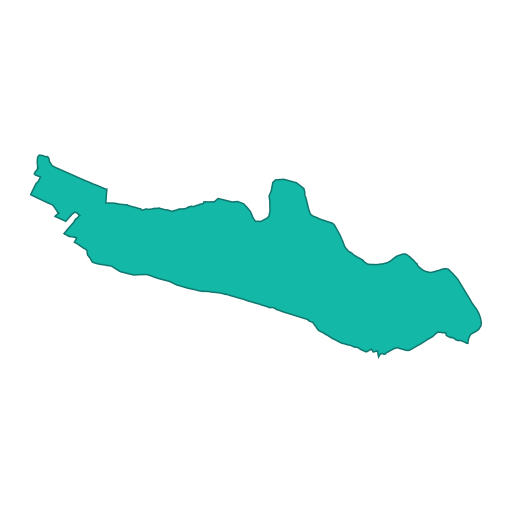 outline of Bralostita, Dolj, Romania
{"feature_id": "2599482B80334443229392", "entity_name": "Bralostita", "entity_type": "district", "adm_level": 2, "iso_a3": "ROU", "parent_name": "Romania", "parent_adm1": "Dolj", "projection": "mercator", "projection_center": [23.509, 44.502], "detail": "fine", "context": "isolated", "style": "filled", "palette": "teal", "viewbox_px": 512, "rotation_deg": 0, "n_neighbors": 0, "source": "geoboundaries", "source_scale": "gbopen_adm2", "svg_char_len": 5986}
<svg xmlns="http://www.w3.org/2000/svg" viewBox="0 0 512 512"><path d="M467.9,343.3L468.1,340.9L468.6,338.9L469.0,337.7L469.4,336.7L469.8,335.9L470.4,334.9L470.7,334.5L471.4,333.9L476.2,331.3L478.7,329.4L480.9,325.9L481.3,322.9L480.5,318.1L478.8,313.4L477.7,311.4L477.0,309.9L471.8,302.7L469.2,298.1L457.6,279.0L456.7,278.2L455.5,276.5L454.1,275.3L452.9,273.7L449.7,270.6L448.9,269.7L448.4,269.3L447.1,268.9L445.7,268.7L444.5,268.7L441.8,269.3L438.9,270.4L436.1,271.1L434.8,271.6L431.2,272.4L429.3,272.4L428.0,271.9L427.6,271.9L426.7,271.7L426.3,271.5L424.7,271.0L423.6,270.6L423.1,270.2L421.8,269.3L420.6,268.3L419.4,267.4L417.6,265.5L417.2,264.7L417.1,264.1L417.1,263.9L415.3,262.5L413.8,260.5L412.2,259.2L409.7,256.8L406.3,254.4L405.0,254.0L403.2,254.0L401.3,254.6L397.4,255.9L396.1,256.6L393.5,258.5L390.8,260.8L388.2,262.3L386.9,262.8L382.7,263.9L381.4,264.1L380.0,264.1L378.4,264.5L375.9,264.6L369.6,264.4L367.7,264.1L367.2,263.9L366.1,263.2L364.4,261.9L362.4,259.8L356.6,256.7L355.8,256.1L354.1,255.3L352.5,253.8L352.1,253.4L350.6,252.3L348.4,251.3L347.0,249.5L346.9,249.4L345.3,247.5L344.5,246.1L342.6,241.0L341.5,238.6L340.7,236.6L340.1,235.3L334.3,224.8L332.8,223.5L331.9,223.0L321.4,219.6L319.1,218.7L317.4,217.8L313.2,216.2L310.8,214.5L309.9,212.9L308.8,209.7L307.2,203.2L306.6,200.6L306.0,198.4L305.6,196.9L304.7,195.3L304.8,194.0L304.7,191.8L303.9,188.6L296.5,182.8L283.9,179.3L275.5,179.9L272.8,182.5L271.3,190.7L269.1,196.1L269.8,201.3L270.0,210.9L268.9,216.2L267.4,217.9L261.0,221.4L255.4,221.3L253.1,217.9L250.5,211.7L247.3,207.7L243.6,203.8L237.5,201.5L232.4,202.0L218.1,198.5L214.1,202.0L213.5,201.7L212.9,201.9L211.7,201.8L208.9,202.0L204.9,201.8L204.1,201.9L203.6,202.1L203.5,203.4L202.7,203.8L201.9,204.0L200.2,204.1L200.0,204.3L199.0,204.7L198.8,204.9L196.4,205.5L196.2,205.7L195.5,205.8L194.8,206.3L194.2,206.5L192.6,206.5L191.1,206.2L189.8,206.9L189.4,207.0L188.5,206.8L188.3,207.3L187.7,207.5L187.3,207.8L186.8,207.9L186.6,208.2L186.0,208.4L184.9,208.7L184.2,208.7L183.6,209.1L182.8,208.8L182.4,208.8L182.1,209.1L181.6,209.2L180.4,209.0L180.0,208.8L179.6,208.8L178.9,209.2L177.3,209.7L176.9,210.0L176.2,210.0L175.5,210.5L174.8,210.5L174.2,210.7L173.9,210.6L172.5,211.1L172.0,211.5L171.7,211.5L170.5,210.9L167.2,209.8L165.9,210.0L161.3,208.7L160.6,208.6L159.1,208.0L158.3,208.1L158.1,208.4L154.4,208.3L152.1,209.0L148.1,209.4L146.5,208.9L142.9,210.0L141.8,210.2L141.2,209.8L141.1,209.4L140.8,208.9L139.0,208.5L138.1,208.4L137.1,207.9L136.4,207.9L135.1,207.3L134.1,207.2L128.5,205.6L127.8,205.2L127.4,204.9L127.1,204.8L124.6,204.8L122.5,204.4L120.0,204.3L119.7,204.2L117.5,203.8L116.4,203.5L113.6,203.1L108.3,203.0L105.8,203.0L106.8,189.2L106.3,189.4L105.7,189.2L97.8,185.7L91.9,183.5L90.8,182.8L89.7,182.5L88.7,182.0L85.0,180.5L77.8,177.4L74.8,176.0L58.8,168.9L55.9,167.7L52.2,165.8L50.6,163.2L49.5,161.7L49.0,159.1L48.5,157.6L47.5,156.8L47.0,156.5L45.1,156.7L44.5,156.4L43.1,155.6L40.7,155.3L39.6,155.1L38.9,155.4L37.8,157.1L37.5,158.0L37.4,158.7L37.4,160.0L37.2,162.2L37.5,164.9L38.0,167.5L37.6,167.2L37.7,168.4L36.1,171.1L35.8,171.2L35.5,171.4L34.4,173.4L34.3,173.9L35.3,174.9L35.9,175.2L39.3,176.5L40.6,177.1L39.1,179.7L37.9,182.0L36.1,183.4L30.8,194.3L30.7,194.7L43.8,201.0L48.5,203.2L51.6,204.4L53.3,205.7L56.3,210.0L57.9,212.8L58.4,212.6L58.9,213.2L57.0,214.5L55.7,215.6L55.0,216.4L65.8,221.3L71.1,215.3L71.6,214.5L72.3,214.1L74.3,212.5L74.7,212.3L76.1,212.6L76.5,212.6L79.7,215.4L79.4,215.5L78.9,215.9L78.1,217.2L77.7,217.4L77.2,217.9L77.0,218.4L76.6,218.8L75.7,218.9L75.5,219.1L75.4,220.0L74.8,220.3L74.5,221.0L74.1,221.3L74.2,221.7L74.1,222.0L73.8,222.3L73.2,223.0L72.7,223.3L72.6,223.6L68.4,228.3L64.0,233.6L64.5,234.0L67.4,235.4L67.9,235.7L68.1,236.0L68.4,236.2L68.5,236.2L68.8,235.9L69.2,236.1L69.3,236.4L69.9,236.7L70.9,236.6L72.8,236.9L74.2,237.3L74.5,237.2L76.1,237.5L76.7,237.8L74.4,242.4L75.9,242.9L84.1,248.5L85.2,248.9L85.6,249.2L85.9,249.6L87.1,250.6L87.2,252.8L87.4,253.4L87.4,254.5L87.5,254.8L87.7,255.2L88.3,255.8L89.2,257.1L89.8,257.6L92.0,261.7L92.6,262.2L95.6,263.3L99.9,264.3L106.4,265.2L107.1,265.6L107.7,265.6L108.2,265.5L110.9,266.0L111.6,266.2L112.6,266.8L119.1,271.0L120.5,271.7L127.8,273.6L133.8,275.0L140.3,274.6L146.4,274.5L148.2,274.9L150.4,275.6L154.2,277.1L159.0,278.7L168.7,281.2L170.6,281.9L173.4,283.3L175.7,284.5L177.2,285.1L179.2,285.6L187.8,288.2L196.3,290.0L196.7,290.2L197.6,290.5L200.9,291.1L203.3,291.4L205.9,291.4L209.4,291.6L211.5,292.1L213.5,292.2L218.0,292.7L221.3,293.2L225.8,294.5L226.1,294.0L227.2,294.4L227.9,294.8L232.2,296.1L234.5,296.7L236.6,297.4L244.5,299.6L247.8,300.9L249.8,301.4L255.5,303.1L260.0,304.3L261.0,304.8L266.8,306.5L269.1,307.5L270.3,307.7L271.5,307.5L272.6,307.5L273.8,307.9L274.6,307.9L275.0,308.5L276.1,309.3L284.5,312.3L289.7,313.9L292.2,314.6L292.9,314.9L299.7,317.0L308.0,319.6L308.1,320.2L309.0,320.9L310.2,321.5L312.2,322.1L312.9,322.6L313.2,323.0L313.9,324.1L316.4,327.3L317.0,328.4L317.9,329.7L319.2,330.8L324.3,333.4L324.7,333.8L325.1,334.2L327.4,335.2L329.4,336.6L330.8,337.5L331.3,337.6L331.6,337.6L331.9,338.3L332.3,338.6L334.3,339.3L335.4,340.0L337.1,340.8L339.2,342.0L342.0,343.3L344.6,343.8L347.0,344.7L349.6,345.1L350.6,345.4L354.5,347.1L356.4,347.2L357.6,347.5L358.7,348.0L360.4,349.3L365.8,351.8L366.8,351.7L369.1,350.4L370.5,349.7L371.5,349.2L373.2,352.0L377.4,350.9L378.6,356.9L379.3,355.7L380.1,354.5L380.6,354.0L382.4,353.6L383.4,353.9L383.7,354.2L384.9,354.2L385.5,353.9L385.9,353.2L386.9,352.5L388.3,351.8L390.1,350.7L394.1,348.6L397.9,347.6L399.1,348.3L406.0,350.3L408.1,350.5L409.5,350.2L414.0,347.7L418.3,345.1L420.4,344.1L426.9,339.9L432.5,336.7L435.0,334.3L437.7,332.2L440.1,332.3L441.7,332.5L442.8,332.8L445.3,332.7L445.7,332.8L445.9,333.2L446.0,334.8L447.1,335.9L448.7,336.8L449.9,337.2L450.9,337.8L451.2,337.4L451.7,337.3L452.5,337.6L453.3,338.1L454.9,338.9L455.4,339.3L455.6,339.7L456.7,340.1L457.8,340.5L458.9,340.6L459.8,340.5L461.4,340.7L463.8,341.8L464.4,342.0L466.7,343.3L467.9,343.3Z" fill="#14b8a6" stroke="#0f766e" stroke-width="1.5"/></svg>